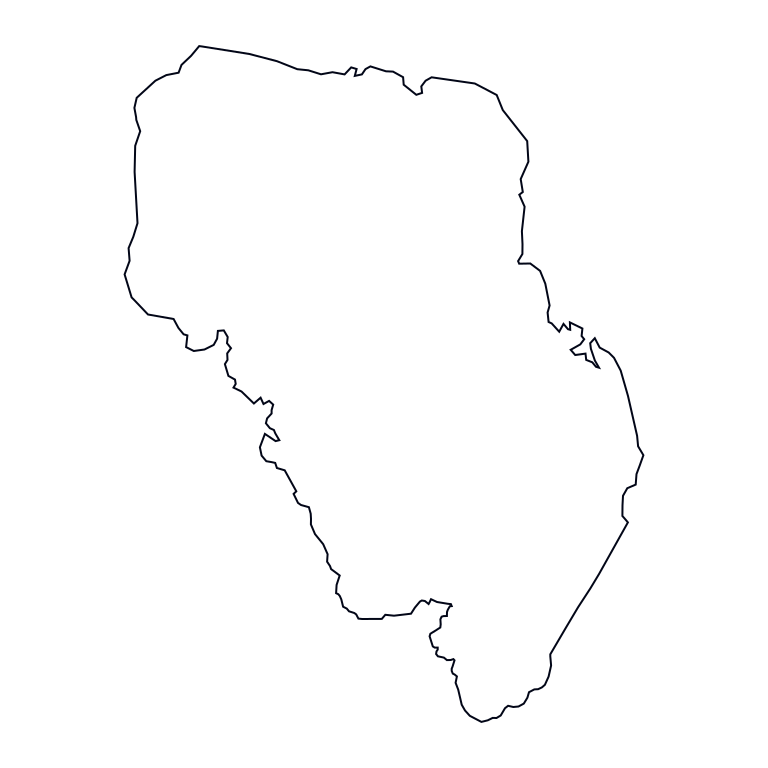 outline of Wonei, Chuuk, Federated States of Micronesia
{"feature_id": "79324940B79401034886578", "entity_name": "Wonei", "entity_type": "district", "adm_level": 2, "iso_a3": "FSM", "parent_name": "Federated States of Micronesia", "parent_adm1": "Chuuk", "projection": "natural_earth1", "projection_center": [151.604, 7.383], "detail": "fine", "context": "isolated", "style": "outline", "palette": "ink", "viewbox_px": 768, "rotation_deg": 0, "n_neighbors": 0, "source": "geoboundaries", "source_scale": "gbopen_adm2", "svg_char_len": 3107}
<svg xmlns="http://www.w3.org/2000/svg" viewBox="0 0 768 768"><path d="M550.3,654.3L566.2,627.2L578.1,607.2L590.3,588.5L599.1,573.9L627.9,522.4L624.0,517.8L622.4,516.0L622.5,505.3L623.0,495.8L627.3,488.2L635.7,484.6L636.5,474.1L639.8,465.3L643.4,455.2L638.1,446.3L637.1,435.8L628.0,396.0L620.7,370.6L614.0,357.8L608.7,352.5L599.7,347.6L594.8,338.2L590.2,343.2L590.9,348.8L594.9,360.6L599.0,367.7L596.0,366.8L592.3,362.3L586.2,359.9L585.5,353.6L575.2,355.0L570.7,349.8L580.3,344.4L584.2,339.2L581.6,336.0L582.4,328.5L569.9,322.4L570.2,329.8L568.0,329.2L563.5,323.9L559.2,331.7L551.7,323.4L548.6,322.0L547.6,312.5L549.6,305.5L545.3,283.7L540.1,270.9L530.3,263.5L519.2,263.7L518.1,261.1L522.4,254.0L522.5,244.2L521.9,231.2L524.6,206.7L519.3,194.7L522.8,192.0L520.7,179.1L528.4,161.7L527.2,141.1L502.8,110.1L496.7,95.0L474.8,83.5L431.6,77.3L425.6,80.7L421.3,86.4L422.1,92.9L416.3,94.8L403.7,84.7L403.1,77.2L393.0,71.6L386.0,71.3L370.4,66.4L365.5,69.1L361.9,74.4L354.8,75.9L356.6,69.0L351.2,67.4L344.6,74.4L332.5,72.2L321.0,74.3L308.3,70.3L297.3,69.2L277.0,61.2L249.4,54.0L202.2,46.5L199.2,46.1L191.1,55.8L181.5,64.9L178.6,72.7L166.3,75.1L155.4,80.7L136.7,97.8L134.4,107.9L136.1,117.2L136.3,119.9L140.2,131.2L135.2,145.8L134.6,171.9L137.5,223.2L133.3,236.8L128.6,248.1L129.6,260.8L124.6,274.4L131.6,297.4L134.2,300.0L148.0,314.5L173.6,319.0L178.4,327.9L183.6,334.3L187.4,335.4L186.1,347.1L193.8,351.0L204.5,349.5L213.7,344.9L217.1,338.7L217.9,330.9L223.8,330.4L227.7,337.0L227.0,343.2L231.0,348.2L227.2,353.4L227.5,359.9L224.9,364.1L228.4,375.9L235.0,379.6L235.7,383.9L233.5,387.6L241.5,391.5L253.9,403.5L260.6,397.7L263.5,404.0L269.1,400.9L273.2,404.6L271.6,410.1L271.6,413.5L267.1,418.4L265.9,423.3L269.9,428.2L273.9,430.0L275.3,433.4L279.3,440.2L275.6,441.1L264.9,433.9L259.9,447.3L261.6,455.6L266.3,461.2L271.5,462.1L275.2,462.9L276.9,468.0L284.7,470.3L296.3,491.3L293.6,493.9L298.0,502.9L301.0,505.0L308.9,507.2L310.7,513.7L311.0,518.9L310.9,524.4L315.0,534.1L323.2,544.2L327.6,554.2L327.1,561.7L330.0,566.0L331.1,569.1L339.7,575.5L336.6,584.9L336.1,593.2L338.3,594.2L339.8,596.0L341.3,599.4L343.1,606.7L346.8,608.6L349.0,611.3L354.3,613.0L356.2,614.4L358.4,618.6L362.1,619.0L381.8,618.9L385.3,614.8L394.0,615.7L411.0,613.7L414.9,607.6L419.9,601.6L421.8,600.5L424.9,601.0L427.5,603.1L428.6,604.0L429.8,601.8L431.0,599.2L437.0,602.0L447.9,603.8L450.9,604.1L451.7,606.1L449.8,606.3L447.8,609.8L447.0,612.0L446.9,616.0L443.5,616.1L441.6,616.7L440.4,619.3L440.7,624.4L440.3,627.5L435.0,630.9L430.4,633.7L429.6,636.3L432.8,646.4L434.7,647.6L437.7,647.6L437.7,649.6L436.5,651.4L436.1,654.0L437.9,656.3L443.9,657.6L446.9,660.1L450.7,660.0L453.4,659.1L454.5,660.3L453.7,662.9L452.5,666.7L451.7,668.7L451.7,670.9L452.8,673.6L454.6,674.5L456.9,676.4L455.6,682.8L458.2,689.6L460.3,698.6L461.7,704.7L465.0,710.5L469.8,715.8L481.4,721.9L487.8,720.3L492.7,717.9L496.5,718.0L500.7,715.5L505.0,708.2L508.1,705.8L513.3,707.0L518.5,706.5L523.8,703.6L527.4,697.7L529.0,692.2L534.3,689.4L538.1,689.2L541.9,687.4L544.9,684.8L548.6,676.6L551.1,665.5L550.3,656.4L550.3,654.3Z" fill="none" stroke="#020617" stroke-width="2"/></svg>